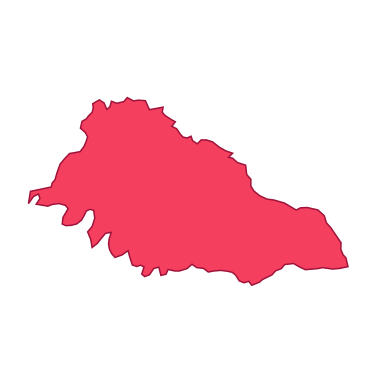 the district of São Martinho, Rio Grande do Sul, Brazil, rotated 5°
{"feature_id": "56859067B67687441249744", "entity_name": "São Martinho", "entity_type": "district", "adm_level": 2, "iso_a3": "BRA", "parent_name": "Brazil", "parent_adm1": "Rio Grande do Sul", "projection": "orthographic", "projection_center": [-53.965, -27.722], "detail": "fine", "context": "isolated", "style": "filled", "palette": "rose", "viewbox_px": 384, "rotation_deg": 5, "n_neighbors": 0, "source": "geoboundaries", "source_scale": "gbopen_adm2", "svg_char_len": 2003}
<svg xmlns="http://www.w3.org/2000/svg" viewBox="0 0 384 384"><g transform="rotate(5 192 192)"><path d="M149.1,278.2L152.3,280.4L156.8,278.2L160.6,271.5L165.5,269.8L168.3,277.8L173.2,276.2L175.0,271.3L181.8,272.2L186.3,271.8L193.6,268.8L198.3,264.0L203.3,266.9L210.1,267.1L215.2,270.3L220.4,268.8L227.4,267.6L233.8,267.8L239.0,268.5L242.7,270.9L246.8,276.4L251.8,277.9L256.3,276.0L259.6,279.7L267.0,276.0L269.9,273.0L278.9,267.6L282.1,263.3L287.7,260.5L290.6,256.2L299.4,254.4L305.2,257.1L311.7,259.5L323.7,257.4L328.5,256.0L338.8,256.5L345.6,255.3L353.9,252.8L351.1,244.2L347.9,241.3L345.2,236.0L344.9,229.6L333.5,215.6L328.6,211.0L325.9,204.2L319.0,198.9L308.1,197.4L301.5,198.3L297.4,200.9L285.2,195.0L274.7,192.9L267.3,192.5L259.9,189.9L253.4,185.5L250.1,180.8L249.5,174.1L245.0,169.9L243.1,160.6L234.7,158.7L229.5,154.8L225.5,154.2L229.1,149.8L222.1,148.1L215.1,144.9L208.2,140.3L202.0,138.9L196.7,139.3L193.0,143.5L188.1,140.8L186.2,136.5L182.4,138.6L178.3,138.1L175.3,135.4L171.3,130.4L166.2,128.3L169.3,123.5L164.9,121.6L158.5,118.1L155.4,115.1L155.8,110.0L142.4,113.7L137.6,105.1L130.4,105.2L125.9,106.4L119.3,103.6L116.2,107.9L109.2,110.2L103.8,108.6L102.8,114.2L100.0,117.2L96.6,110.9L91.6,108.3L85.4,112.7L86.3,117.0L85.6,121.3L82.5,124.9L80.3,128.4L76.3,131.2L75.3,138.2L80.5,142.0L83.2,146.1L82.1,151.0L80.5,155.9L77.1,161.5L71.4,163.1L66.7,164.3L62.6,169.4L58.2,175.7L55.8,184.8L54.5,191.6L52.0,195.1L51.3,199.3L31.0,205.4L30.1,217.8L34.5,210.3L39.2,207.4L41.1,211.8L37.8,217.7L44.0,218.2L49.6,218.7L53.8,216.6L60.7,215.1L67.0,216.3L70.0,219.3L68.3,223.1L65.7,228.5L65.5,235.2L69.2,236.5L74.4,235.8L80.1,233.8L84.4,229.6L86.5,225.1L88.3,220.3L91.7,218.2L95.6,218.8L97.4,226.5L95.6,234.9L91.5,240.8L95.3,248.2L97.3,256.0L102.2,251.4L105.7,246.1L109.4,240.7L115.0,239.3L113.5,246.6L113.4,251.2L114.8,256.3L117.5,260.6L121.0,263.9L127.8,260.8L133.4,256.0L135.6,262.1L138.9,269.9L143.5,271.0L147.1,269.4L150.7,270.8L149.1,278.2Z" fill="#f43f5e" stroke="#9f1239" stroke-width="1.5"/></g></svg>